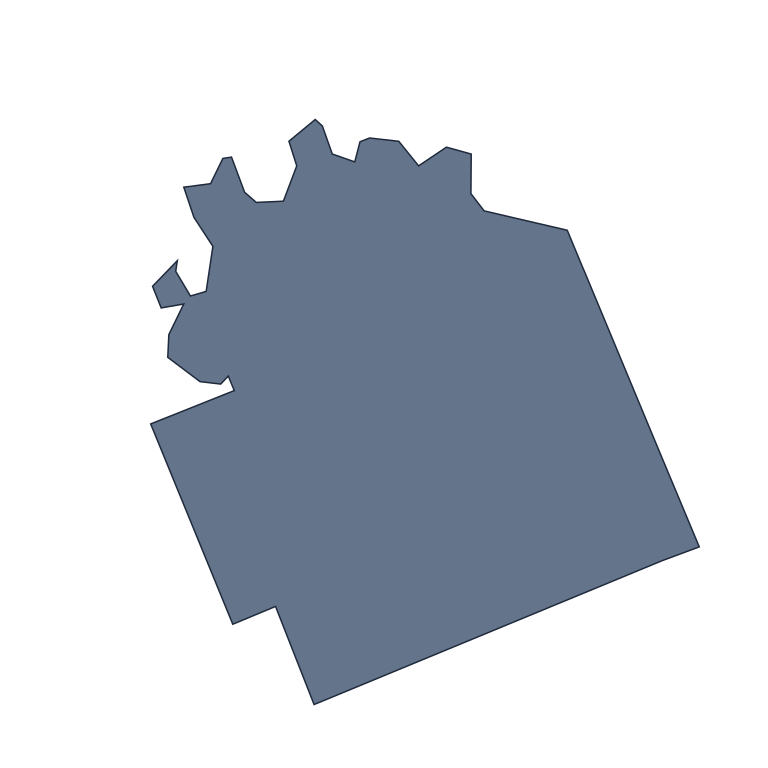 the district of Lowndes, Alabama, United States of America, rotated 338°
{"feature_id": "52423323B13549110095678", "entity_name": "Lowndes", "entity_type": "district", "adm_level": 2, "iso_a3": "USA", "parent_name": "United States of America", "parent_adm1": "Alabama", "projection": "equal_earth", "projection_center": [-86.677, 32.184], "detail": "fine", "context": "isolated", "style": "filled", "palette": "slate", "viewbox_px": 768, "rotation_deg": 338, "n_neighbors": 0, "source": "geoboundaries", "source_scale": "gbopen_adm2", "svg_char_len": 735}
<svg xmlns="http://www.w3.org/2000/svg" viewBox="0 0 768 768"><g transform="rotate(338 384 384)"><path d="M575.5,652.0L615.3,653.1L614.0,546.7L612.0,353.2L611.9,352.0L611.5,310.1L541.7,261.0L535.9,240.1L551.0,203.5L530.6,187.8L497.8,194.7L488.6,164.5L462.8,150.5L452.5,150.4L440.1,167.1L422.2,151.4L423.5,121.7L419.3,113.0L386.8,123.3L384.8,149.1L359.2,176.8L333.6,167.8L326.6,154.1L327.6,116.5L319.1,114.5L298.2,133.3L272.1,126.5L270.2,158.3L276.9,192.3L253.8,231.5L237.5,229.9L233.1,201.5L238.6,192.2L206.0,206.7L205.9,230.0L228.3,234.8L203.0,257.6L193.5,278.3L214.3,312.9L232.6,322.9L242.6,318.3L242.7,334.0L152.7,333.6L153.8,550.1L200.1,549.6L199.1,655.0L575.5,652.0Z" fill="#64748b" stroke="#1e293b" stroke-width="1.5"/></g></svg>